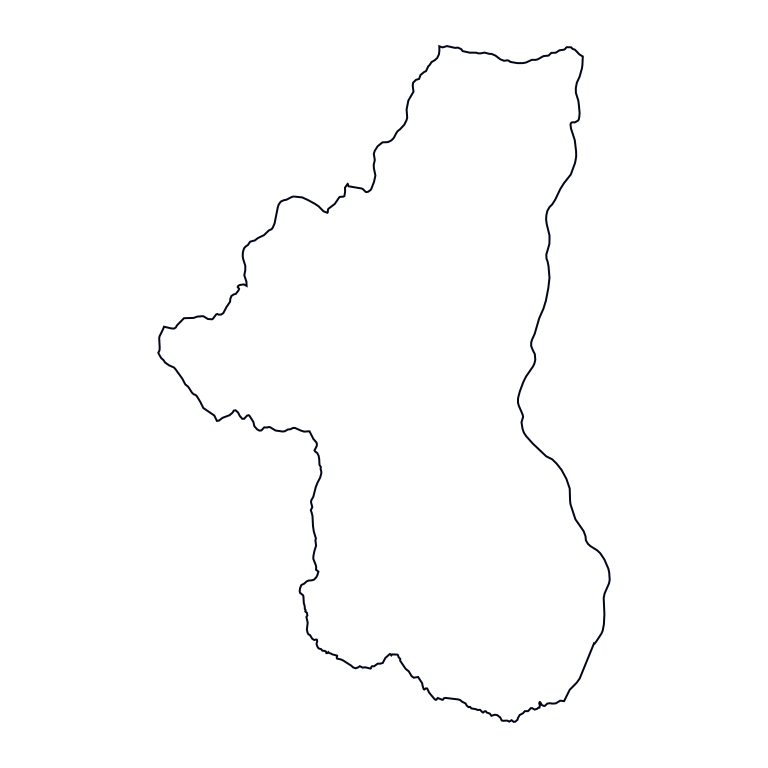 Concordia, Antioquia, Colombia
{"feature_id": "7082276B53735822778308", "entity_name": "Concordia", "entity_type": "district", "adm_level": 2, "iso_a3": "COL", "parent_name": "Colombia", "parent_adm1": "Antioquia", "projection": "robinson", "projection_center": [-75.913, 6.06], "detail": "fine", "context": "isolated", "style": "outline", "palette": "ink", "viewbox_px": 768, "rotation_deg": 0, "n_neighbors": 0, "source": "geoboundaries", "source_scale": "gbopen_adm2", "svg_char_len": 6066}
<svg xmlns="http://www.w3.org/2000/svg" viewBox="0 0 768 768"><path d="M547.5,261.2L546.5,258.7L546.3,254.7L549.4,243.9L549.5,239.7L549.5,235.4L546.7,224.0L546.1,219.4L546.4,215.0L547.4,210.8L549.5,207.1L552.3,204.3L555.2,199.7L560.3,189.0L564.0,183.1L570.8,174.5L575.0,163.1L575.5,160.7L576.2,156.3L576.1,151.4L574.8,140.3L571.0,128.5L570.5,124.5L571.0,123.1L572.1,122.3L574.8,122.4L577.9,120.7L578.8,119.4L579.3,116.9L579.6,113.0L578.9,105.2L578.3,100.6L575.9,92.9L575.8,88.2L576.8,82.8L579.6,76.7L581.9,68.5L582.4,65.2L582.8,56.5L579.4,54.4L574.9,49.7L572.6,48.9L571.1,47.3L566.9,47.2L565.9,47.8L565.3,48.9L563.9,49.7L559.5,50.3L555.8,52.7L551.3,52.9L548.5,55.6L543.5,56.1L537.6,59.4L535.3,59.9L531.7,59.9L526.1,62.5L522.8,63.1L517.2,63.1L510.3,61.9L508.9,60.8L507.4,60.3L504.1,60.8L500.3,59.3L495.5,55.6L491.5,53.9L489.4,53.9L484.7,52.6L480.2,53.4L477.9,53.3L476.3,52.7L469.9,52.7L462.6,51.1L461.3,49.2L457.9,47.6L455.1,47.9L447.0,46.1L442.5,47.4L439.3,46.3L439.4,50.8L438.9,54.4L437.2,58.0L434.8,60.2L431.5,62.1L429.8,64.8L428.2,66.4L426.1,71.0L423.9,72.2L420.5,75.0L419.1,78.9L415.9,79.9L413.2,82.6L412.7,85.6L413.5,91.7L408.4,100.4L406.6,109.4L407.2,117.8L406.5,120.2L404.3,124.7L400.0,129.3L397.6,131.2L396.1,133.4L393.9,137.8L391.4,140.4L388.0,142.1L382.4,142.4L377.7,146.2L374.8,150.7L373.8,153.9L374.8,160.0L373.7,164.9L373.9,168.2L375.4,175.6L374.0,181.9L371.3,188.9L370.5,190.1L368.0,191.8L366.7,192.1L365.7,191.9L362.9,189.1L361.7,188.5L348.7,186.3L348.1,185.6L348.0,184.2L347.6,183.9L345.0,187.7L345.1,191.9L344.4,196.0L343.6,196.6L339.9,196.9L339.2,197.4L334.8,203.9L328.5,208.7L328.0,209.6L327.7,212.5L327.3,212.8L323.5,211.3L318.7,206.4L315.2,204.0L308.3,200.2L302.2,197.4L293.6,196.5L291.7,197.0L286.5,199.7L283.6,200.3L280.8,201.6L278.7,204.5L277.8,207.3L274.6,223.3L272.8,227.6L271.6,229.2L268.9,230.4L263.9,235.2L258.0,238.0L254.9,240.4L250.1,241.7L247.9,245.0L245.8,246.4L244.0,248.4L242.9,252.2L242.7,256.2L243.2,259.1L245.3,265.8L245.3,270.0L244.3,275.3L246.4,281.6L246.6,285.9L243.8,284.4L239.8,285.0L238.3,285.8L237.7,287.0L239.1,288.8L238.5,290.4L235.8,293.9L233.8,294.4L231.4,296.0L230.3,299.0L230.1,301.7L226.5,307.0L223.3,313.1L221.3,314.5L218.8,314.7L217.3,314.0L216.2,314.4L212.9,318.8L212.0,319.3L207.9,319.0L203.5,316.3L202.2,316.2L197.3,316.6L193.7,317.9L184.0,318.2L177.1,325.2L175.8,327.5L174.0,328.6L171.2,328.4L164.0,326.7L163.3,328.7L159.6,336.2L159.2,338.0L159.7,348.0L159.5,350.4L158.3,352.8L159.7,355.6L161.3,358.2L163.4,360.0L165.2,362.6L169.0,365.3L174.0,367.5L175.4,369.1L182.2,378.5L185.3,384.4L188.3,386.9L192.0,392.7L193.6,394.2L195.4,394.9L196.8,396.1L200.2,401.7L203.3,408.0L214.3,415.5L216.9,420.9L218.9,420.6L222.6,417.8L229.6,415.2L232.6,412.6L233.8,410.6L235.6,410.3L238.1,412.6L239.9,416.1L242.3,418.8L244.1,418.8L247.1,415.6L248.8,415.2L249.7,416.1L253.4,422.0L254.4,426.3L257.1,429.3L259.3,430.6L261.4,430.4L264.2,427.4L267.4,427.5L268.7,427.0L270.1,427.2L275.5,430.5L282.4,431.5L284.7,431.3L287.9,429.5L290.6,429.2L292.8,428.0L294.9,427.9L300.9,430.6L304.1,431.6L309.5,431.3L313.4,439.0L316.4,442.4L316.9,443.9L316.8,445.9L314.5,450.4L315.2,451.5L317.2,453.0L318.6,455.7L319.2,459.0L319.5,464.9L320.8,466.9L320.6,469.0L321.3,471.5L321.3,473.4L320.2,477.5L317.6,482.5L315.8,487.0L313.3,496.8L311.3,500.3L311.0,502.2L312.3,507.1L310.8,510.3L311.6,512.4L312.5,516.1L313.0,526.1L313.8,531.4L315.9,538.5L315.4,540.5L316.1,545.6L314.3,551.4L313.4,556.1L313.3,558.8L315.8,565.1L316.2,567.1L316.0,569.7L318.4,571.6L317.3,575.4L316.3,577.2L314.1,579.6L311.9,580.3L308.5,580.6L306.7,581.4L304.1,583.7L301.4,585.0L300.1,588.0L299.7,591.2L300.0,592.8L303.0,595.2L303.4,596.1L303.8,603.0L304.7,606.2L304.8,608.8L305.6,610.1L305.3,611.5L306.8,612.6L307.4,615.4L306.4,617.0L307.7,622.7L306.9,629.3L307.5,632.6L308.5,634.4L309.9,635.0L312.3,638.8L314.3,640.0L316.1,639.5L316.9,639.7L317.2,641.3L316.5,644.0L317.4,646.6L318.6,648.4L321.2,649.2L322.4,650.7L324.6,650.9L325.9,651.5L326.4,653.1L327.2,653.1L328.3,652.1L329.2,653.1L330.9,653.5L332.1,654.3L337.0,655.6L337.2,655.9L336.7,657.6L337.1,658.6L340.8,659.4L343.2,660.5L351.3,665.7L353.1,667.4L355.7,668.3L358.1,667.4L359.8,666.2L362.6,667.6L365.4,667.3L370.4,668.6L370.9,668.3L371.5,666.7L372.1,666.2L374.0,666.3L377.8,663.6L380.1,663.7L382.7,663.0L385.4,657.9L389.7,654.1L390.5,654.2L391.3,655.4L392.3,654.4L397.2,654.6L397.8,654.9L398.8,657.5L400.2,658.8L400.2,660.8L405.6,668.8L408.8,671.4L411.6,676.1L413.7,677.7L418.1,677.0L422.2,683.3L422.5,685.5L423.7,689.2L424.4,689.5L425.8,688.4L427.2,688.5L429.1,692.6L434.3,698.8L435.6,699.8L436.4,699.7L437.7,698.0L442.3,699.8L442.9,699.7L443.9,698.3L445.3,697.9L458.0,699.4L460.2,700.1L462.1,701.7L465.5,703.4L466.8,705.7L468.5,707.1L470.1,706.9L471.3,708.4L475.9,709.2L477.6,710.0L480.0,709.8L482.6,712.4L483.2,712.5L484.6,711.3L485.7,711.2L486.7,712.5L489.8,713.6L491.4,715.8L494.8,714.7L497.3,715.2L500.2,717.4L501.7,720.4L502.9,720.8L507.1,720.6L509.3,721.6L511.6,720.2L513.7,721.9L515.4,721.6L517.5,719.7L518.1,717.7L519.7,715.0L522.9,713.3L524.9,711.1L528.1,711.1L530.8,708.2L532.1,708.1L534.6,709.6L537.2,708.8L538.3,707.7L539.4,707.7L539.9,705.8L539.2,703.2L539.7,702.1L540.3,702.3L541.9,705.1L544.1,706.0L544.9,705.8L547.3,703.6L550.0,703.2L552.2,703.6L555.7,703.4L560.2,700.7L564.1,701.1L569.7,689.8L576.7,682.7L579.7,678.5L593.8,643.9L594.0,643.4L594.6,643.7L596.4,641.3L601.5,633.5L602.7,630.6L603.9,624.3L604.4,614.2L603.7,598.0L604.6,593.5L609.0,583.4L609.7,579.9L609.2,572.6L608.4,568.8L604.4,559.5L600.2,553.2L597.1,550.3L590.4,546.1L587.9,543.8L585.9,540.4L585.5,536.2L583.6,531.1L575.4,519.3L570.5,504.3L570.1,501.1L569.7,488.5L566.4,478.9L561.6,470.0L556.6,463.6L552.2,459.3L546.2,456.3L532.6,443.4L526.1,436.1L524.0,432.9L522.6,429.2L521.5,422.2L523.1,416.9L522.6,414.5L518.8,405.7L518.0,402.7L518.0,398.7L518.6,396.0L519.8,391.5L523.4,381.8L526.0,376.6L533.1,366.3L534.4,363.5L535.3,359.8L534.8,354.0L532.9,350.4L531.2,346.1L531.2,342.6L532.1,339.5L534.6,334.1L539.2,318.3L543.4,308.8L545.9,300.7L548.3,288.2L549.5,277.8L548.5,266.0L547.5,261.2Z" fill="none" stroke="#020617" stroke-width="2"/></svg>